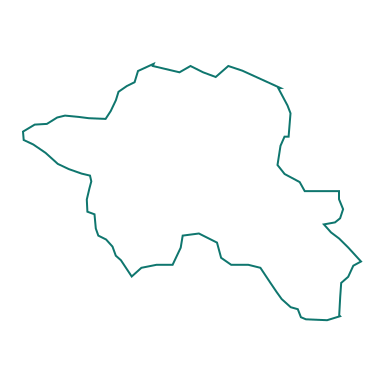 Gimje-si, North Jeolla, South Korea (orthographic projection)
{"feature_id": "91817680B35753357340942", "entity_name": "Gimje-si", "entity_type": "district", "adm_level": 2, "iso_a3": "KOR", "parent_name": "South Korea", "parent_adm1": "North Jeolla", "projection": "orthographic", "projection_center": [126.91, 35.788], "detail": "fine", "context": "isolated", "style": "outline", "palette": "teal", "viewbox_px": 384, "rotation_deg": 0, "n_neighbors": 0, "source": "geoboundaries", "source_scale": "gbopen_adm2", "svg_char_len": 1171}
<svg xmlns="http://www.w3.org/2000/svg" viewBox="0 0 384 384"><path d="M339.0,191.1L313.8,191.1L304.7,191.1L299.7,182.1L284.6,174.0L277.5,165.0L280.5,145.8L284.5,136.7L288.6,136.7L290.5,113.3L287.5,105.5L278.4,88.4L280.6,88.1L242.4,70.7L228.3,66.0L215.7,77.0L203.1,72.3L190.5,66.0L179.5,72.3L152.8,66.0L153.7,63.8L138.0,71.0L134.6,82.2L126.9,86.0L118.5,91.8L115.9,100.2L110.7,111.1L105.6,118.9L88.8,118.2L78.5,116.9L65.0,115.6L57.2,117.5L46.9,123.9L34.7,124.6L23.0,131.6L23.7,140.0L33.3,144.5L45.6,152.9L57.8,163.9L68.8,169.1L81.6,173.6L90.0,175.6L91.3,181.4L89.4,188.5L86.8,199.5L87.0,203.7L87.4,211.7L94.5,214.3L95.8,228.5L98.3,235.6L106.1,239.5L112.5,246.6L115.8,255.7L120.9,260.2L131.7,276.5L141.4,267.8L156.5,264.8L172.6,264.8L180.7,247.7L182.7,235.6L198.9,233.5L217.0,242.6L221.1,257.8L231.2,264.8L248.3,264.8L260.4,267.8L270.5,283.0L276.6,292.0L281.7,299.1L290.7,307.2L297.8,309.2L300.9,317.2L305.9,319.3L327.1,320.2L340.1,316.2L339.2,315.2L340.2,297.0L341.2,282.9L348.2,276.8L353.3,265.7L361.0,261.5L348.2,247.5L339.1,238.5L331.0,232.4L323.9,224.4L335.0,222.4L340.1,218.3L343.1,209.2L339.0,199.2L339.0,191.1Z" fill="none" stroke="#0f766e" stroke-width="2"/></svg>